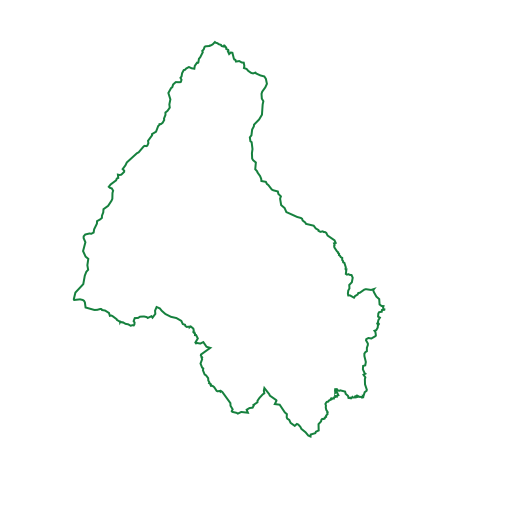 Medellín, Antioquia, Colombia, rotated 38°
{"feature_id": "7082276B76690106408580", "entity_name": "Medellín", "entity_type": "district", "adm_level": 2, "iso_a3": "COL", "parent_name": "Colombia", "parent_adm1": "Antioquia", "projection": "orthographic", "projection_center": [-75.59, 6.269], "detail": "fine", "context": "isolated", "style": "outline", "palette": "green", "viewbox_px": 512, "rotation_deg": 38, "n_neighbors": 0, "source": "geoboundaries", "source_scale": "gbopen_adm2", "svg_char_len": 6086}
<svg xmlns="http://www.w3.org/2000/svg" viewBox="0 0 512 512"><g transform="rotate(38 256 256)"><path d="M139.8,402.6L144.0,398.5L146.6,397.3L148.1,397.2L149.7,397.9L153.4,401.5L161.9,398.0L164.0,396.2L166.0,393.5L166.9,393.0L167.9,393.4L170.6,391.9L175.2,391.4L177.7,393.1L178.4,392.1L179.8,391.7L185.1,391.6L185.8,392.0L189.3,391.5L189.7,391.9L189.6,391.2L191.5,390.8L191.8,390.2L194.9,389.8L197.4,388.5L200.2,388.1L201.2,386.6L202.4,386.0L202.3,384.8L201.2,383.1L199.7,382.7L198.7,379.6L201.2,377.4L202.0,375.2L205.0,372.6L207.5,371.4L208.8,371.5L210.7,367.8L212.4,368.3L212.3,363.6L210.1,361.2L209.1,357.4L212.5,356.5L215.4,357.2L220.3,357.5L226.4,356.3L231.5,353.9L237.1,353.1L240.2,354.7L242.4,353.9L243.4,354.6L245.0,354.6L247.2,352.5L247.6,353.0L247.9,351.7L251.3,351.8L252.8,353.0L253.4,354.5L254.4,354.7L254.7,354.2L255.8,354.8L256.6,355.9L257.5,355.2L260.9,356.8L261.5,361.5L262.5,361.8L263.2,360.8L266.0,359.3L267.5,356.3L272.9,358.0L276.5,356.6L273.3,367.5L273.8,368.4L275.8,369.0L275.6,369.5L277.1,370.5L278.5,374.9L282.2,377.1L283.7,377.1L284.5,378.7L288.5,381.0L290.1,380.8L293.5,381.7L295.1,383.5L297.1,384.3L297.3,385.1L299.0,384.8L299.4,385.5L300.0,385.3L300.5,386.0L301.8,385.1L303.8,385.1L308.0,386.5L309.0,386.3L310.4,384.8L311.4,384.9L311.3,384.0L313.2,383.9L326.4,387.7L328.1,389.7L332.0,391.2L332.4,393.2L333.3,393.4L337.4,391.5L338.7,391.4L340.4,388.0L346.1,384.5L343.3,382.9L344.5,379.8L346.7,377.6L346.3,375.2L345.7,375.0L347.2,370.4L346.3,369.1L346.1,365.6L346.5,360.9L347.1,359.1L345.1,357.3L343.9,354.9L351.7,356.8L352.8,357.5L360.7,357.1L361.2,357.4L362.0,361.1L366.2,358.6L375.0,361.5L377.7,361.6L379.4,364.1L380.7,364.9L383.1,364.7L386.0,366.2L391.1,366.0L391.6,363.2L393.1,362.8L396.1,363.3L398.2,364.3L403.6,364.4L407.7,365.3L410.1,364.7L409.0,363.0L411.8,359.1L411.4,357.6L412.8,354.9L408.8,350.0L409.1,346.3L408.4,344.8L408.5,343.6L409.7,342.8L410.2,341.7L409.6,341.0L410.3,339.6L409.5,338.6L409.7,336.5L408.5,335.5L408.6,334.9L406.1,334.0L404.3,332.5L403.1,330.7L401.8,329.9L401.6,328.6L401.6,327.4L402.6,326.2L402.4,325.1L403.6,322.8L403.0,322.7L402.9,321.8L405.1,320.4L404.6,319.3L405.3,318.3L404.5,317.5L406.3,317.0L405.9,316.1L406.6,315.0L404.1,313.7L403.4,313.7L402.7,315.1L402.2,314.4L402.9,313.9L402.4,313.5L402.6,313.1L401.3,312.4L400.9,313.0L400.4,312.2L401.7,311.1L403.4,311.6L404.8,310.8L405.1,310.0L409.7,308.0L411.5,309.4L414.6,309.6L416.3,310.9L417.3,309.8L417.7,310.1L418.6,309.6L418.7,307.7L419.5,307.8L421.4,306.2L420.6,305.6L421.4,304.2L422.6,304.7L423.4,303.8L422.9,303.5L424.5,303.2L425.9,302.0L426.7,302.3L427.4,301.4L426.5,300.5L427.0,300.4L425.5,296.4L426.1,294.2L425.7,293.2L420.9,290.0L417.6,286.0L416.9,284.3L413.8,283.4L414.6,281.5L413.8,281.5L410.0,279.5L408.1,276.7L409.4,274.9L407.8,271.9L403.0,268.1L401.5,266.2L401.4,264.3L402.0,262.8L399.9,260.1L398.9,257.2L398.0,256.1L394.6,254.7L394.1,253.6L395.1,251.4L397.7,250.0L399.5,245.5L399.3,244.7L396.9,242.4L395.4,242.0L396.4,240.3L396.0,237.5L394.9,235.8L394.7,233.9L394.0,233.7L393.4,234.7L393.1,234.6L393.0,233.4L391.9,231.2L391.6,228.3L389.5,228.6L387.8,226.0L387.6,224.5L389.4,222.5L388.5,221.1L390.2,219.4L390.0,219.0L389.0,219.4L387.9,218.4L387.3,217.0L385.7,218.1L383.2,218.1L379.6,214.1L375.9,213.9L371.4,212.0L369.3,210.8L369.3,209.4L367.6,211.9L363.0,214.5L362.0,215.9L360.4,221.2L359.4,222.1L359.8,223.8L358.7,226.6L358.9,228.5L354.3,229.2L353.0,230.3L351.6,229.1L350.0,226.5L349.6,224.0L347.3,221.4L347.7,217.7L345.6,213.6L343.0,212.2L341.4,213.2L340.1,213.4L339.1,214.7L337.8,214.8L335.6,211.1L335.3,211.5L334.5,211.1L333.8,209.7L329.9,207.0L328.6,207.3L327.7,206.4L326.4,206.1L325.1,204.4L323.5,204.7L322.0,204.1L320.8,204.2L320.1,203.1L318.8,203.1L318.4,202.5L317.0,202.5L312.5,201.0L311.3,199.9L311.2,198.9L309.7,198.0L310.7,196.6L308.2,195.3L299.8,195.8L297.1,194.5L295.5,194.7L294.7,195.4L293.4,195.5L291.9,197.3L289.8,197.7L289.2,197.1L286.1,197.5L282.8,196.6L275.6,199.9L274.2,199.3L270.9,199.3L269.4,198.3L268.0,198.4L264.4,199.9L252.9,202.7L249.0,200.6L244.5,200.4L239.7,196.0L238.9,193.7L235.4,193.3L233.5,191.7L229.1,193.6L227.5,193.9L222.1,192.5L220.2,192.5L218.1,191.5L214.1,193.6L212.6,192.0L210.0,190.5L205.6,189.2L204.9,188.6L202.0,188.1L198.3,182.4L194.8,182.3L193.0,181.6L189.5,177.5L187.4,173.9L182.5,169.0L180.9,169.0L178.1,166.3L178.1,163.7L175.1,158.7L174.5,155.2L173.6,153.7L174.4,146.5L173.7,141.0L167.9,132.4L166.5,129.5L163.7,128.4L160.5,124.8L159.7,122.6L159.5,117.4L158.6,113.6L154.7,110.3L152.0,109.4L148.3,111.0L143.6,112.1L142.7,111.8L141.3,113.9L139.5,114.7L135.9,114.9L133.4,114.4L130.8,115.3L129.8,113.4L127.3,111.2L125.6,112.3L122.8,112.7L120.5,115.1L118.9,114.1L117.9,114.5L116.9,114.0L112.3,110.4L110.9,111.1L110.5,113.4L108.0,112.1L108.2,111.5L107.2,110.7L105.2,111.2L104.2,110.1L102.7,109.8L102.9,110.2L101.3,110.0L101.3,111.0L99.6,111.7L98.4,111.2L96.1,112.1L94.7,112.0L92.8,112.8L91.9,112.7L91.6,115.8L90.9,117.6L90.1,118.5L90.2,119.0L87.0,122.0L86.8,123.1L87.6,125.4L87.4,127.5L88.6,128.2L89.7,133.8L89.6,135.7L91.4,139.0L91.3,139.7L90.5,140.0L90.7,143.8L92.1,146.4L89.7,147.7L86.8,148.4L85.5,151.4L85.5,152.8L84.6,154.0L85.2,157.4L86.8,160.4L86.8,162.1L88.8,163.0L89.6,165.0L89.2,165.8L85.7,168.4L85.1,171.9L86.1,174.5L85.7,176.0L86.6,181.5L92.1,185.3L94.4,189.9L96.7,192.2L96.9,196.2L96.3,198.7L97.8,200.6L98.9,204.4L99.9,205.3L100.4,208.5L99.9,210.5L98.8,211.5L99.2,212.1L98.9,213.8L100.7,219.6L99.0,224.0L99.8,224.9L100.0,231.7L101.7,233.3L102.4,235.9L102.1,236.8L100.3,237.9L100.0,239.2L99.7,246.6L98.9,248.3L96.6,261.8L97.3,265.0L97.4,269.6L99.6,269.9L100.3,270.9L99.8,274.8L98.6,276.2L97.1,276.9L99.4,279.3L98.6,280.7L99.2,282.5L97.4,289.1L97.4,292.1L99.0,292.2L100.7,291.5L103.2,292.5L104.1,294.7L107.6,299.4L108.1,301.4L108.6,307.5L107.0,313.0L108.8,315.7L109.8,319.1L111.1,320.8L110.7,323.0L109.3,326.4L110.7,328.4L112.0,334.6L113.6,337.5L112.5,339.9L110.9,340.8L108.2,344.2L108.1,346.6L109.1,348.0L113.1,350.2L116.7,358.6L122.1,361.4L125.6,361.5L128.8,367.1L132.2,370.2L132.0,372.9L133.2,376.9L137.2,384.5L136.2,396.0L139.0,402.2L139.8,402.6Z" fill="none" stroke="#15803d" stroke-width="2"/></g></svg>